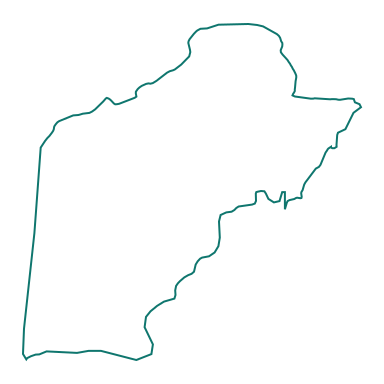 an SVG outline of Toledo
{"feature_id": "BLZ-1356", "entity_name": "Toledo", "entity_type": "District", "adm_level": 1, "iso_a3": "BLZ", "parent_name": "Belize", "parent_adm1": "", "projection": "albers", "projection_center": [-88.761, 16.286], "detail": "fine", "context": "isolated", "style": "outline", "palette": "teal", "viewbox_px": 384, "rotation_deg": 0, "n_neighbors": 0, "source": "natural_earth", "source_scale": "10m", "svg_char_len": 2383}
<svg xmlns="http://www.w3.org/2000/svg" viewBox="0 0 384 384"><path d="M26.3,359.4L23.0,354.0L23.2,348.8L24.0,328.7L34.4,233.1L40.7,147.6L45.1,140.9L47.4,138.0L49.4,136.0L52.0,132.6L53.2,130.8L53.8,129.2L54.1,127.1L54.4,126.2L55.7,124.3L57.4,122.3L59.2,121.1L73.2,115.4L78.4,115.0L79.9,114.6L82.8,113.7L89.4,112.9L92.0,111.6L95.1,109.4L103.2,101.5L105.8,98.5L106.8,97.9L108.7,98.6L110.0,99.5L111.2,100.6L113.9,103.5L115.2,104.3L116.9,104.2L119.1,103.8L134.7,97.8L136.4,96.6L135.8,93.2L135.9,91.7L137.7,89.1L139.4,87.5L141.7,85.9L146.1,83.9L148.5,83.4L150.4,83.7L152.8,83.1L156.4,80.9L167.0,72.7L169.8,71.2L173.0,70.3L174.8,69.5L181.2,64.6L189.2,56.4L190.3,52.1L190.0,49.9L188.3,42.9L188.6,41.2L189.6,39.2L193.9,33.8L196.2,31.4L197.3,30.5L200.4,28.8L207.1,28.4L218.5,24.7L248.3,24.0L257.2,25.0L263.1,26.4L276.9,34.1L278.9,35.9L280.1,37.8L281.2,41.3L282.3,43.0L282.4,44.7L282.2,46.5L280.7,50.2L280.9,52.3L282.6,54.6L287.5,60.0L288.8,62.1L290.0,63.7L290.8,65.3L291.9,66.9L292.8,68.8L293.8,70.3L295.4,73.5L296.2,75.5L296.3,77.1L296.1,78.5L295.6,81.1L295.0,87.9L294.8,89.3L294.8,91.0L294.0,92.6L293.2,93.7L292.5,95.4L294.9,96.5L311.0,98.7L313.5,98.6L314.6,98.3L330.3,99.3L331.9,99.1L336.0,99.2L338.2,99.7L340.0,99.8L348.2,98.5L352.2,98.7L353.8,99.1L354.9,102.3L359.5,104.2L361.0,107.2L353.5,112.8L345.4,129.2L338.0,132.7L337.2,135.0L336.5,144.8L336.6,146.8L334.4,148.2L332.3,148.2L331.0,147.5L331.0,146.8L328.4,148.5L327.6,149.4L327.1,150.4L325.6,152.5L320.5,164.8L318.9,166.9L315.8,168.6L305.4,182.4L304.2,184.6L302.6,190.1L301.4,192.1L301.2,193.3L301.7,196.8L301.4,198.0L300.3,198.2L297.1,197.7L296.0,198.0L294.3,199.0L289.5,200.1L287.6,201.1L286.8,202.7L284.9,209.3L284.9,192.1L282.2,192.1L279.5,201.1L273.9,202.4L268.4,198.9L265.9,193.6L264.4,191.3L261.0,191.0L257.7,191.7L256.3,192.1L255.8,193.6L256.0,200.9L254.8,203.6L252.0,204.6L238.6,206.5L236.3,208.0L234.4,210.0L231.6,211.7L226.3,212.4L220.6,215.0L219.0,221.5L219.8,237.6L218.4,246.2L214.6,252.5L209.0,256.3L202.1,257.6L200.1,258.7L197.7,261.3L195.7,264.5L194.0,271.7L191.6,273.8L188.1,275.2L184.3,277.4L179.9,281.2L177.9,283.3L176.1,285.9L175.2,290.4L175.5,295.0L174.4,298.6L164.0,301.6L157.2,305.8L150.5,311.3L146.0,316.9L144.6,327.2L152.9,344.4L151.4,354.1L136.3,360.0L101.1,350.9L88.4,350.9L77.0,352.9L46.6,351.4L39.3,354.4L35.6,354.6L31.0,356.2L27.2,358.1L26.3,359.4Z" fill="none" stroke="#0f766e" stroke-width="2"/></svg>